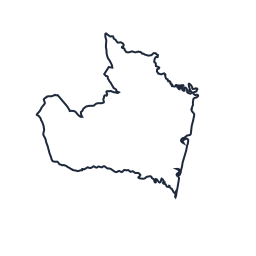 Maganja Da Costa, Zambezia, Mozambique (Natural Earth projection), rotated 315°
{"feature_id": "85939544B26352047498043", "entity_name": "Maganja Da Costa", "entity_type": "district", "adm_level": 2, "iso_a3": "MOZ", "parent_name": "Mozambique", "parent_adm1": "Zambezia", "projection": "natural_earth1", "projection_center": [37.468, -17.344], "detail": "fine", "context": "isolated", "style": "outline", "palette": "slate", "viewbox_px": 256, "rotation_deg": 315, "n_neighbors": 0, "source": "geoboundaries", "source_scale": "gbopen_adm2", "svg_char_len": 5874}
<svg xmlns="http://www.w3.org/2000/svg" viewBox="0 0 256 256"><g transform="rotate(315 128 128)"><path d="M200.7,154.2L200.4,153.3L198.8,152.3L198.7,151.9L198.5,150.2L198.9,149.3L199.8,149.3L202.2,150.5L203.3,149.8L204.4,149.7L204.7,149.3L204.6,148.7L204.0,147.9L202.6,147.2L201.3,146.1L201.4,145.5L202.2,144.6L202.8,142.2L202.8,141.0L202.6,140.2L202.5,139.8L202.1,139.8L201.5,140.4L200.6,141.6L198.9,144.8L197.8,144.6L197.5,144.8L197.4,145.4L198.4,146.1L198.5,146.5L198.6,147.4L198.3,147.8L197.5,148.1L196.3,147.9L195.2,145.3L195.2,144.5L196.7,142.9L197.3,141.3L197.3,140.3L196.6,139.4L196.0,139.4L195.6,139.8L194.8,141.3L194.3,141.6L193.6,141.0L193.4,139.6L193.9,138.6L195.0,137.5L195.9,137.2L197.2,137.2L197.3,136.8L196.3,135.8L195.2,135.1L193.8,136.5L191.9,137.1L191.6,136.9L191.5,136.2L191.7,135.6L192.8,136.0L193.5,135.8L194.1,135.3L194.3,134.5L194.2,133.9L193.6,133.6L192.6,134.7L191.8,134.6L191.7,134.5L191.8,133.9L193.0,133.4L193.0,132.8L192.6,131.7L192.1,131.5L191.0,132.0L190.0,131.4L189.2,129.9L188.7,129.5L188.8,128.9L189.9,128.4L189.9,127.9L189.4,127.2L189.4,126.7L189.6,126.3L190.0,126.2L190.0,125.7L190.5,125.3L190.5,124.9L190.5,124.2L189.5,123.5L189.6,123.1L189.9,122.9L189.9,122.2L190.4,121.8L190.3,121.3L190.0,120.6L189.9,119.7L190.8,118.2L191.1,117.4L191.4,117.3L191.7,116.7L192.2,116.6L192.3,115.2L192.2,114.9L189.5,113.6L188.8,112.6L188.4,111.5L187.9,110.9L188.2,110.1L188.4,108.6L189.4,107.6L190.1,107.1L191.9,107.8L192.8,107.4L192.8,107.0L192.1,105.1L191.9,104.6L191.6,104.4L191.5,104.1L191.7,103.7L193.3,102.0L193.5,101.1L193.1,100.3L193.4,99.6L195.6,98.1L197.3,97.5L198.2,97.8L199.0,98.7L199.4,98.7L199.7,98.0L200.6,97.7L200.8,97.5L200.2,95.8L200.4,94.7L199.3,93.4L198.8,93.1L196.4,93.1L195.5,92.8L195.1,92.3L193.6,91.3L191.9,88.1L191.6,87.1L191.5,86.4L190.9,85.8L190.5,85.1L190.8,84.1L190.6,83.3L190.3,82.6L189.7,82.2L189.4,81.3L186.9,79.9L186.0,78.6L185.1,76.7L182.6,75.4L181.8,74.8L180.5,73.3L180.5,72.4L180.8,71.6L180.7,70.5L181.4,69.7L181.5,69.3L181.5,68.6L180.7,67.6L180.6,66.8L181.0,66.4L182.3,66.8L183.5,66.4L184.0,65.6L184.1,64.4L183.5,62.3L181.3,60.6L181.1,60.2L181.1,59.5L181.6,56.6L181.2,55.1L181.2,54.5L182.2,52.9L182.2,52.6L181.4,51.6L180.3,51.0L180.1,50.6L179.6,47.7L179.5,45.9L179.0,45.4L178.4,45.5L176.4,47.6L174.8,50.5L172.5,52.6L171.4,53.4L169.2,55.6L168.2,57.3L166.2,59.4L164.8,61.3L163.4,63.9L162.9,65.7L162.7,67.4L161.2,71.8L160.5,73.1L159.6,74.2L157.5,71.3L149.3,73.1L149.2,75.7L149.9,76.6L150.0,77.2L148.7,78.9L148.5,80.2L147.9,81.8L147.8,83.5L146.1,89.7L146.5,90.7L146.7,92.0L146.6,92.7L146.1,93.5L146.0,94.2L146.8,96.3L146.1,96.2L145.3,95.8L144.1,93.7L143.3,92.8L143.1,92.0L142.5,91.3L142.2,90.0L141.9,89.5L140.8,88.9L140.0,87.8L138.9,87.0L138.6,87.0L138.1,87.3L137.3,89.3L136.3,89.9L135.7,90.0L135.0,88.8L134.7,88.5L134.2,88.5L133.5,88.7L132.4,89.6L131.2,90.0L130.7,90.4L129.5,92.4L129.0,92.8L127.9,92.4L126.7,91.7L124.7,89.6L123.7,88.8L122.3,88.2L119.5,88.0L115.9,84.6L113.5,83.2L110.4,82.8L109.3,83.0L108.1,83.6L106.1,83.4L105.5,83.9L104.6,85.0L103.9,86.4L103.5,87.7L102.4,86.6L102.1,84.9L102.0,83.3L102.3,79.1L101.4,77.3L99.8,75.5L98.8,74.8L99.3,73.9L100.3,69.7L101.5,55.0L100.2,54.1L99.8,52.9L98.0,52.3L96.0,51.2L93.9,49.0L93.0,48.8L92.5,48.3L91.4,48.5L90.5,48.1L89.2,48.1L88.7,48.2L87.0,51.4L86.4,51.9L81.7,52.4L77.7,53.6L74.9,53.8L74.0,53.7L72.8,54.2L73.4,56.5L73.1,59.1L72.0,61.3L71.7,62.7L70.0,66.5L67.6,69.8L66.1,70.9L64.5,71.8L63.7,72.5L63.2,73.3L61.8,77.6L60.1,80.2L58.2,84.3L54.7,90.3L52.6,94.9L51.8,96.1L51.4,97.6L51.3,98.2L51.9,99.4L52.9,100.6L54.1,101.7L54.3,102.9L53.9,104.8L54.0,105.4L54.6,106.4L55.2,108.0L56.4,108.7L57.6,111.4L57.7,113.1L58.3,114.4L58.6,116.3L59.1,117.4L59.2,118.6L59.7,119.1L60.1,120.2L60.9,121.0L61.9,122.9L64.8,124.6L65.6,125.4L66.0,125.3L66.3,124.7L66.6,124.6L67.0,125.0L67.7,126.1L68.1,126.4L71.6,127.2L72.0,127.7L72.2,128.4L72.7,129.3L73.3,129.8L74.4,130.3L76.5,130.7L76.8,131.2L77.5,133.5L78.0,133.9L79.6,134.3L80.1,134.6L81.7,137.4L83.3,137.6L84.1,138.1L84.5,139.3L84.6,140.7L84.9,142.1L85.1,142.5L85.8,142.9L86.9,144.8L87.6,148.9L88.1,150.4L88.9,151.2L90.4,151.6L91.4,152.1L92.1,154.1L92.6,154.8L93.3,155.0L95.3,154.9L95.9,155.2L96.8,156.7L97.9,157.5L98.5,158.1L98.7,160.6L99.0,160.9L100.8,161.9L101.3,164.8L103.3,166.8L103.7,168.1L103.6,169.8L103.2,170.2L102.9,170.3L100.5,170.2L100.3,170.9L100.6,171.7L102.4,174.2L103.5,175.1L104.3,175.5L106.6,175.7L108.7,177.1L109.8,178.0L110.0,179.0L109.5,180.5L110.0,182.6L108.7,184.9L108.6,185.4L108.7,185.7L109.0,186.0L109.6,186.0L110.9,183.7L111.4,183.6L111.9,184.3L112.0,184.7L111.6,188.1L111.7,188.8L112.3,189.1L113.3,189.1L115.2,187.8L116.0,187.6L116.2,189.1L115.5,190.8L115.8,191.7L115.7,192.1L115.3,192.5L115.0,192.4L114.1,191.5L113.8,191.8L113.9,192.8L114.6,193.8L114.8,194.5L114.0,196.8L114.8,198.2L115.4,198.4L116.2,197.9L116.4,198.3L115.9,199.0L115.6,199.7L115.6,201.0L115.9,202.2L115.0,205.3L114.9,207.6L115.0,207.8L115.8,207.6L116.7,206.9L117.0,206.8L116.8,207.5L116.0,208.1L114.8,208.5L112.7,209.9L112.6,210.6L114.4,209.7L117.1,207.6L120.8,205.2L128.4,199.8L129.1,198.5L129.0,196.2L129.4,195.3L129.9,195.1L130.5,195.0L132.6,195.4L133.4,195.1L133.6,194.7L134.0,194.2L134.1,193.3L133.4,191.3L134.3,192.1L134.6,192.6L134.9,193.7L134.9,195.5L135.0,195.7L139.3,193.2L142.1,191.1L153.0,185.2L157.3,182.3L159.3,181.3L162.1,179.1L162.3,178.2L162.2,177.3L161.8,176.8L159.5,176.0L158.6,175.5L157.7,175.7L157.2,176.1L156.6,178.1L156.1,176.1L156.4,174.6L156.8,174.2L158.2,173.7L159.5,173.8L160.7,174.7L164.5,175.1L166.6,176.6L167.4,176.8L167.9,176.7L169.1,175.9L174.5,171.6L179.6,168.6L184.1,165.6L184.5,165.0L184.8,164.3L185.1,161.3L185.4,160.6L186.0,160.0L186.1,159.5L186.7,159.6L187.9,158.6L190.0,157.8L192.3,155.5L194.8,153.7L196.1,153.7L197.9,154.7L198.7,155.0L200.3,154.9L200.7,154.2ZM133.0,196.4L130.8,196.5L130.5,196.9L130.9,197.5L131.5,197.7L133.5,196.8L133.0,196.4Z" fill="none" stroke="#1e293b" stroke-width="2"/></g></svg>